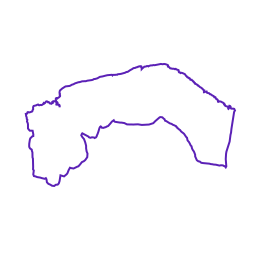 West Tanna, Tafea, Vanuatu, rotated 99°
{"feature_id": "77236927B19394632379581", "entity_name": "West Tanna", "entity_type": "district", "adm_level": 2, "iso_a3": "VUT", "parent_name": "Vanuatu", "parent_adm1": "Tafea", "projection": "orthographic", "projection_center": [169.261, -19.471], "detail": "fine", "context": "isolated", "style": "outline", "palette": "violet", "viewbox_px": 256, "rotation_deg": 99, "n_neighbors": 0, "source": "geoboundaries", "source_scale": "gbopen_adm2", "svg_char_len": 5724}
<svg xmlns="http://www.w3.org/2000/svg" viewBox="0 0 256 256"><g transform="rotate(99 128 128)"><path d="M149.9,53.3L149.9,51.9L150.9,50.2L150.9,48.3L150.5,42.0L150.7,40.4L150.6,39.2L150.7,37.7L150.5,35.5L150.8,31.8L150.3,30.5L150.1,29.0L150.1,28.3L150.5,27.4L150.6,26.4L151.6,25.3L150.5,24.9L143.4,26.6L138.2,27.1L136.0,27.1L125.5,25.5L118.7,25.7L116.5,25.5L112.7,25.7L95.6,25.7L93.9,25.1L93.4,25.6L92.7,25.9L92.5,26.1L92.4,27.0L92.7,28.8L92.6,29.3L92.1,29.7L91.1,29.9L90.7,30.2L90.3,30.7L90.2,31.4L90.6,31.5L91.0,31.4L91.3,31.8L92.4,31.5L93.0,31.5L93.4,31.8L93.1,32.1L92.3,32.1L92.0,32.3L91.5,32.9L91.2,33.5L91.1,34.7L90.7,35.7L90.5,36.0L89.9,36.0L89.7,36.6L89.5,36.9L89.3,36.9L89.0,36.6L88.8,36.7L88.8,37.3L88.1,38.1L88.0,38.8L87.5,39.9L87.3,41.6L87.4,42.0L87.9,42.5L88.1,43.0L87.8,43.3L86.8,43.4L86.0,44.0L85.7,44.4L85.8,45.0L85.1,45.9L84.1,46.3L83.9,46.5L83.9,46.8L84.1,47.1L84.1,47.6L83.6,47.8L83.0,48.5L82.7,49.9L82.2,50.6L82.0,51.3L81.7,51.7L81.8,52.4L81.0,53.3L80.9,55.1L80.8,55.5L80.4,55.9L79.7,56.0L79.7,56.3L80.0,56.5L80.1,57.7L80.6,58.0L80.8,58.6L80.5,58.7L80.1,58.5L78.9,58.6L78.9,59.1L78.7,59.4L77.6,60.5L77.4,61.2L76.9,61.6L76.3,63.4L75.5,64.5L75.4,65.1L75.1,65.3L75.0,65.8L74.6,66.0L74.4,66.8L74.1,67.1L73.8,68.7L73.0,69.0L72.9,69.7L72.6,70.0L72.1,70.2L72.1,70.6L71.6,70.9L71.5,71.4L71.0,71.8L70.8,72.4L70.4,72.7L70.6,73.9L69.4,74.7L69.4,75.3L69.0,75.6L69.1,76.2L68.5,76.8L68.5,77.5L67.7,78.1L67.6,78.6L67.4,78.8L65.9,80.3L65.2,82.8L65.1,84.3L65.5,84.7L65.0,85.5L65.1,86.0L65.0,86.3L64.8,86.5L64.3,86.6L64.0,86.9L63.1,87.0L62.9,87.2L62.6,89.3L62.1,90.1L62.2,90.5L62.5,90.6L62.6,90.9L62.3,92.1L62.4,92.7L62.6,93.7L62.4,94.2L62.5,95.0L62.4,95.8L61.7,96.5L61.2,97.4L61.1,98.2L60.7,98.3L59.9,98.2L59.7,98.4L59.4,99.3L59.3,99.9L59.1,100.9L59.1,102.4L59.6,103.7L59.6,105.6L59.8,106.1L61.8,111.5L61.9,112.9L62.4,113.9L62.6,115.3L63.4,116.9L63.9,117.5L63.7,117.7L63.7,118.1L63.9,119.1L64.5,120.0L64.9,121.5L65.6,122.0L66.8,123.1L67.7,123.7L66.1,124.0L65.1,124.4L65.0,124.6L65.0,125.0L65.5,125.1L65.2,125.8L65.2,126.1L65.6,127.1L65.8,127.2L66.2,128.3L66.6,128.6L67.0,129.7L67.5,130.3L68.0,131.9L68.4,132.4L68.9,132.8L70.6,135.0L72.6,137.1L72.9,138.3L73.9,139.6L75.5,143.1L76.0,144.5L76.4,146.1L76.6,146.6L77.1,147.0L77.2,148.1L77.5,148.8L77.9,151.1L78.0,151.4L78.4,151.6L78.0,152.0L78.0,152.4L79.1,156.7L79.8,158.4L81.0,161.1L81.9,163.8L83.7,166.0L84.7,168.1L85.0,169.3L85.8,170.2L86.3,171.2L87.6,175.5L88.4,177.1L88.8,179.4L89.1,180.7L89.9,182.2L90.2,183.0L90.4,183.3L90.5,184.0L92.2,187.3L93.3,188.7L94.2,190.5L95.0,191.3L95.6,192.3L96.7,196.2L97.6,197.3L98.4,198.1L99.0,198.9L101.5,201.0L102.2,201.2L103.7,201.2L103.9,201.1L104.5,201.0L105.0,200.5L105.3,200.5L105.5,200.7L105.8,200.7L106.2,200.5L106.8,200.1L107.2,200.1L107.5,200.5L108.1,200.6L108.9,201.4L109.1,201.8L109.8,202.3L109.5,202.7L109.5,202.9L109.6,203.4L110.1,203.9L110.6,203.8L111.3,203.8L111.7,203.5L112.6,203.4L113.9,201.6L114.4,201.6L115.1,202.1L115.6,202.2L115.7,201.7L115.5,200.7L115.9,199.5L116.2,199.2L116.6,199.0L117.5,198.8L118.1,198.8L116.6,199.3L116.2,199.7L116.1,200.0L116.1,200.4L115.9,201.1L116.1,202.4L115.9,202.5L115.5,202.5L114.9,202.4L114.6,202.2L114.2,202.2L113.6,202.9L113.4,203.4L113.0,205.3L113.8,206.9L113.7,207.0L114.3,206.8L114.3,206.7L114.1,206.8L113.8,206.3L113.8,206.1L114.1,206.2L114.8,206.1L115.1,206.2L115.4,206.6L115.5,207.3L116.1,207.7L115.8,208.4L115.9,209.0L115.5,209.3L115.4,209.7L115.1,209.8L114.8,210.5L114.8,210.9L115.0,211.2L114.5,211.7L114.4,212.5L114.6,213.0L116.3,213.9L116.3,214.8L116.8,214.7L117.4,214.9L117.5,215.1L117.3,215.5L117.9,215.8L118.6,216.5L118.9,217.0L118.9,218.1L119.4,219.0L119.4,219.3L119.4,219.7L118.9,220.3L119.0,220.8L119.4,221.5L119.9,222.1L121.0,224.6L121.3,224.8L122.3,225.0L124.5,224.6L125.5,225.1L126.4,225.1L126.8,225.4L128.0,227.7L128.1,228.5L127.9,229.1L128.0,229.5L128.3,229.8L129.5,229.9L130.0,230.5L130.1,231.1L132.3,230.4L133.2,229.8L134.9,229.4L135.6,228.7L137.4,228.8L138.5,228.0L139.9,227.4L144.1,226.7L145.1,225.7L146.0,224.6L145.6,221.8L149.2,220.5L150.8,220.3L151.1,221.1L153.5,222.9L154.8,223.1L158.8,223.1L160.5,222.9L162.1,222.6L162.8,222.1L163.5,221.6L164.4,219.7L165.5,219.4L167.0,218.6L172.0,217.7L173.1,217.1L181.3,215.6L183.7,215.3L184.7,214.4L188.6,214.3L190.2,213.4L190.3,211.7L190.7,210.0L190.7,207.0L191.0,205.1L191.2,202.3L190.4,201.3L191.4,200.5L194.3,199.6L195.6,197.9L196.1,195.9L196.9,194.0L196.8,191.8L195.4,190.5L194.9,188.6L193.6,187.7L191.2,187.3L185.3,187.3L185.8,183.6L183.2,181.3L182.0,180.7L179.1,180.1L176.3,179.1L176.5,178.1L176.5,175.4L174.1,172.0L173.6,171.0L171.6,169.7L168.9,168.2L167.7,166.4L166.3,165.2L163.2,163.7L159.6,164.0L157.6,165.2L154.6,166.2L152.1,166.6L148.9,168.0L145.8,169.7L144.1,171.7L142.5,173.0L140.9,172.6L140.4,172.3L142.6,165.9L142.8,165.5L143.2,165.2L143.4,164.7L143.5,163.5L142.8,162.1L142.7,160.0L143.1,159.4L142.2,158.1L141.0,157.6L140.3,157.6L139.1,157.2L136.5,156.7L132.6,156.2L131.2,155.7L130.7,155.2L130.9,154.8L131.8,153.9L131.7,152.2L131.4,151.7L131.2,151.5L130.7,150.2L129.7,149.0L129.5,148.5L129.1,147.9L126.3,146.1L124.2,144.9L122.6,143.3L123.5,142.7L123.9,141.8L123.9,136.5L123.7,135.4L123.7,132.4L124.6,129.5L123.7,123.1L122.8,118.8L122.8,114.8L121.3,107.8L119.3,103.8L116.9,102.1L112.5,98.4L112.1,97.5L112.1,95.7L113.2,94.2L113.6,93.3L115.0,92.5L115.2,91.3L116.4,88.5L116.9,87.3L117.1,85.6L117.8,84.2L118.0,83.1L118.7,80.8L119.1,80.7L119.8,79.4L120.5,79.1L120.6,78.6L121.1,77.7L121.5,77.2L121.9,76.2L123.0,75.2L124.0,73.5L124.2,73.0L125.0,71.7L127.7,69.2L128.4,68.2L130.8,67.3L131.6,66.5L132.2,65.7L134.0,64.3L135.4,63.4L136.1,62.4L138.1,61.6L139.0,61.0L140.0,60.2L140.7,59.4L141.6,58.8L143.9,57.5L145.6,57.2L146.8,56.4L149.0,55.0L149.9,53.3Z" fill="none" stroke="#5b21b6" stroke-width="2"/></g></svg>